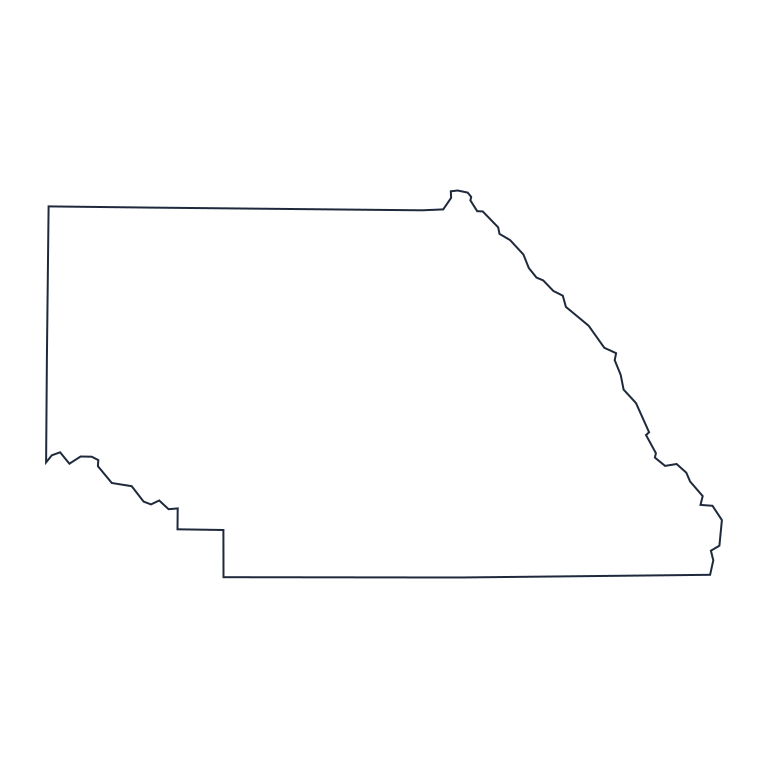 the district of Saguache, Colorado, United States of America
{"feature_id": "52423323B75261730281757", "entity_name": "Saguache", "entity_type": "district", "adm_level": 2, "iso_a3": "USA", "parent_name": "United States of America", "parent_adm1": "Colorado", "projection": "orthographic", "projection_center": [-106.091, 38.103], "detail": "fine", "context": "isolated", "style": "outline", "palette": "slate", "viewbox_px": 768, "rotation_deg": 0, "n_neighbors": 0, "source": "geoboundaries", "source_scale": "gbopen_adm2", "svg_char_len": 921}
<svg xmlns="http://www.w3.org/2000/svg" viewBox="0 0 768 768"><path d="M710.1,574.8L713.3,560.3L710.9,550.7L719.4,545.7L721.9,520.1L712.5,505.8L700.5,504.9L702.7,496.1L690.1,481.5L686.3,472.7L676.6,464.0L665.1,465.9L654.9,457.6L655.9,453.2L646.0,435.0L649.1,432.3L636.0,403.1L623.6,389.6L620.7,374.9L614.7,360.2L616.1,353.2L604.3,347.8L588.7,325.8L565.9,306.9L562.8,295.7L553.4,291.0L543.2,280.4L536.5,277.6L528.8,268.0L523.4,254.5L510.1,240.1L499.5,233.9L498.2,227.4L482.7,211.4L477.2,211.2L470.4,200.4L471.2,196.9L467.7,192.6L457.6,190.5L450.8,191.3L451.1,197.9L443.2,209.4L422.2,210.3L370.4,209.8L151.0,207.6L48.6,206.4L46.9,358.2L46.1,462.4L51.8,455.3L60.1,452.3L69.4,463.7L80.6,456.5L91.7,456.7L98.3,460.1L97.9,466.2L111.8,483.0L131.7,486.2L143.6,501.6L151.0,504.4L159.2,500.5L168.6,509.2L177.7,508.4L177.5,529.3L223.4,530.0L223.5,577.2L459.6,577.5L710.1,574.8Z" fill="none" stroke="#1e293b" stroke-width="2"/></svg>